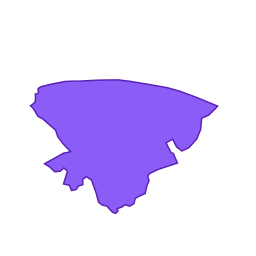 Nishan, Kashkadarya, Uzbekistan (Equal Earth projection), rotated 156°
{"feature_id": "79887680B39289348705167", "entity_name": "Nishan", "entity_type": "district", "adm_level": 2, "iso_a3": "UZB", "parent_name": "Uzbekistan", "parent_adm1": "Kashkadarya", "projection": "equal_earth", "projection_center": [65.65, 38.476], "detail": "fine", "context": "isolated", "style": "filled", "palette": "violet", "viewbox_px": 256, "rotation_deg": 156, "n_neighbors": 0, "source": "geoboundaries", "source_scale": "gbopen_adm2", "svg_char_len": 1111}
<svg xmlns="http://www.w3.org/2000/svg" viewBox="0 0 256 256"><g transform="rotate(156 128 128)"><path d="M126.8,77.6L117.1,77.9L97.1,75.9L97.0,86.4L98.7,87.8L99.3,99.0L91.7,99.6L91.3,90.9L88.1,85.1L80.2,85.3L69.7,90.0L62.2,97.2L56.7,107.0L49.1,106.9L41.4,109.8L37.2,111.5L52.6,127.7L66.0,140.8L75.3,148.5L89.5,158.2L107.3,169.9L117.0,175.7L127.2,180.2L136.4,184.1L152.9,190.4L159.4,193.3L166.6,196.1L180.4,199.3L190.0,201.0L192.6,201.0L194.5,200.1L195.3,196.8L195.9,196.3L197.6,196.3L198.8,196.7L200.3,192.9L202.4,189.4L207.3,188.0L208.0,188.0L206.5,184.0L205.5,175.3L202.0,170.7L199.3,164.7L195.0,155.4L195.7,148.8L193.6,139.6L190.0,129.7L197.2,131.2L218.8,129.3L215.4,124.2L212.6,117.7L207.4,116.1L202.8,117.6L200.9,113.2L204.4,109.1L209.7,103.1L204.9,99.6L205.0,93.8L200.4,92.9L196.7,95.1L192.3,94.6L190.3,99.5L185.7,100.4L182.5,95.1L183.5,81.8L185.1,72.0L182.7,67.9L179.1,65.3L176.5,57.5L174.1,55.0L170.8,56.3L171.0,58.8L165.6,58.3L162.1,59.1L158.2,55.9L153.4,56.5L150.0,60.8L144.4,61.2L139.1,61.1L133.8,68.1L130.3,71.2L129.4,76.3L126.8,77.6Z" fill="#8b5cf6" stroke="#5b21b6" stroke-width="1.5"/></g></svg>